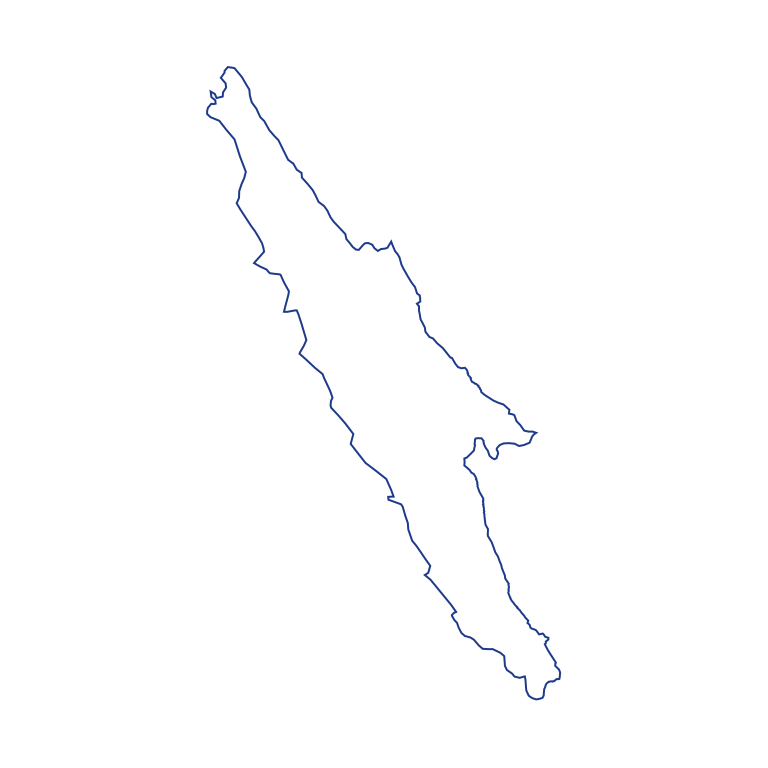 outline of Tamu, Sagaing, Myanmar, rotated 311°
{"feature_id": "60261553B38505178364809", "entity_name": "Tamu", "entity_type": "district", "adm_level": 2, "iso_a3": "MMR", "parent_name": "Myanmar", "parent_adm1": "Sagaing", "projection": "orthographic", "projection_center": [94.38, 24.188], "detail": "fine", "context": "isolated", "style": "outline", "palette": "blue", "viewbox_px": 768, "rotation_deg": 311, "n_neighbors": 0, "source": "geoboundaries", "source_scale": "gbopen_adm2", "svg_char_len": 4887}
<svg xmlns="http://www.w3.org/2000/svg" viewBox="0 0 768 768"><g transform="rotate(311 384 384)"><path d="M245.9,705.9L248.7,708.1L251.1,709.5L253.6,708.9L258.6,705.2L261.5,704.3L262.9,703.5L265.0,703.2L267.4,703.7L267.7,704.2L268.5,704.5L269.6,705.6L269.9,706.4L270.7,706.6L271.3,707.4L274.0,707.7L275.0,708.2L275.3,709.0L276.1,709.3L276.4,709.8L278.0,709.0L281.8,706.2L283.3,703.5L283.6,698.2L285.4,696.7L286.4,696.6L286.5,696.4L289.6,685.7L290.7,682.2L293.1,676.1L294.5,676.2L295.8,675.1L298.9,675.7L300.3,674.6L299.0,671.5L299.7,669.0L299.8,667.5L296.8,665.3L297.2,663.7L297.9,660.5L297.6,659.0L296.4,656.2L296.2,654.4L297.8,651.9L297.8,649.1L300.0,648.2L300.5,643.3L301.0,642.2L301.7,637.3L302.3,635.2L302.5,631.1L303.0,631.1L303.2,627.6L303.7,625.9L304.2,622.7L305.0,620.2L305.5,619.9L305.8,618.6L306.3,618.0L307.9,614.8L309.2,614.2L309.5,613.7L310.3,613.4L310.8,612.5L312.2,612.0L314.3,609.5L315.1,609.2L316.8,603.0L318.8,600.8L322.5,593.6L324.4,591.1L325.8,588.1L328.6,583.1L330.0,578.4L332.9,573.4L335.2,569.1L336.1,566.4L337.5,562.0L339.3,560.4L342.7,557.7L344.4,552.9L350.8,545.8L351.6,545.3L352.6,543.6L353.7,543.3L354.0,542.5L356.4,540.3L356.6,539.5L357.7,538.7L357.9,537.9L358.5,537.9L360.1,535.9L360.9,535.7L361.1,535.1L361.9,534.8L362.7,534.0L365.2,526.8L368.2,521.5L369.3,520.9L370.1,519.5L370.9,519.2L371.1,518.7L372.2,516.8L372.4,516.0L373.0,516.0L374.3,513.2L375.0,510.5L374.4,508.2L375.3,504.9L375.3,501.5L375.2,498.1L377.8,496.2L380.5,493.5L382.6,494.7L387.8,495.2L392.8,495.5L395.8,493.7L397.7,492.8L397.7,492.3L398.7,491.2L399.5,490.9L401.7,489.2L403.0,488.9L404.8,490.5L407.0,493.3L406.4,496.5L405.3,497.3L405.0,498.1L404.5,498.4L403.5,500.3L402.4,503.1L401.9,505.8L400.9,507.6L399.1,510.7L399.0,514.1L399.7,516.7L401.7,517.6L405.0,516.3L406.4,515.7L407.7,514.1L408.2,512.4L409.0,511.6L410.4,511.3L413.9,511.4L417.7,513.3L421.4,517.2L424.7,521.9L425.8,526.6L429.8,529.7L435.2,532.4L439.8,530.9L440.8,530.4L444.0,530.1L447.0,530.9L445.6,527.4L442.9,524.3L440.8,520.4L442.4,513.8L442.9,508.4L445.8,503.2L446.0,502.6L445.3,500.6L443.6,497.7L446.8,495.5L446.9,487.5L444.9,482.8L443.3,477.5L441.8,467.2L441.7,462.9L443.0,461.0L443.3,459.6L443.8,459.1L444.0,456.9L444.6,456.6L444.5,453.4L444.0,452.6L444.0,451.5L443.4,448.8L444.7,446.0L445.5,445.8L446.0,441.7L446.5,441.1L446.7,440.3L447.3,440.3L447.5,439.5L448.3,438.7L449.1,436.8L449.3,434.4L446.7,432.2L445.3,428.8L446.1,424.5L448.3,418.1L447.5,416.8L449.7,404.8L449.6,397.5L450.5,391.0L449.3,387.5L450.6,381.0L453.4,377.8L455.1,373.7L456.8,369.2L460.6,364.6L462.4,362.2L465.6,359.5L466.2,356.2L470.0,357.3L473.2,354.3L473.5,353.5L474.3,352.9L474.0,349.6L477.5,343.8L478.7,338.0L480.9,331.2L483.7,323.2L485.6,318.8L489.7,312.6L490.9,309.1L491.5,305.3L494.7,298.7L496.2,296.0L492.7,296.6L489.1,297.2L486.9,296.0L483.9,293.2L480.4,292.1L480.2,287.6L481.4,283.8L480.1,279.6L477.7,277.3L474.9,277.0L468.7,277.0L467.1,274.7L466.9,270.6L467.9,265.6L468.7,260.6L471.8,256.4L473.5,239.3L474.7,234.3L477.7,227.5L479.0,222.0L478.5,215.2L481.3,208.9L483.5,203.2L484.9,195.1L485.9,186.7L489.2,183.3L488.5,177.5L490.8,171.1L490.3,164.6L493.9,155.9L497.0,148.6L498.8,144.2L499.2,138.9L500.3,131.0L503.9,121.0L504.2,115.6L508.1,107.0L509.8,99.4L513.5,93.8L517.9,89.1L519.5,83.9L522.4,75.5L524.3,64.1L523.5,62.5L520.7,58.2L515.6,58.3L514.8,59.1L514.0,59.4L508.0,60.0L507.0,67.2L504.1,70.4L498.5,71.2L495.1,73.7L490.0,70.0L491.9,66.1L491.0,61.3L487.3,65.5L487.4,70.6L485.1,73.0L483.5,71.8L482.1,69.8L479.3,69.9L477.0,69.9L474.0,71.4L471.7,73.4L471.6,78.1L474.6,87.0L472.5,97.8L470.5,110.8L461.3,125.9L453.5,140.5L447.8,143.4L441.3,145.4L434.6,148.2L429.3,152.5L423.8,154.2L421.6,160.7L416.1,180.0L414.6,186.7L412.3,193.8L410.2,199.6L407.6,203.7L405.2,206.7L400.5,206.7L393.6,206.6L390.0,206.6L391.3,213.2L393.4,220.4L392.9,223.1L392.7,225.1L395.0,228.6L398.0,232.9L398.6,234.2L395.1,241.8L391.6,251.4L388.8,253.2L378.2,258.4L372.9,261.1L374.7,263.4L381.2,268.6L382.3,269.9L380.4,273.8L375.3,282.3L366.2,296.6L360.4,298.4L352.6,299.9L351.4,300.4L351.4,307.1L350.9,321.4L351.2,331.1L349.2,334.9L344.2,346.2L342.7,349.2L339.9,354.1L336.3,355.2L332.8,357.7L331.4,359.8L330.4,369.6L328.8,380.9L326.5,392.0L326.1,393.7L316.9,398.2L314.8,408.9L312.3,421.8L313.2,435.3L313.8,448.1L308.8,458.8L305.3,465.1L301.6,461.2L299.6,463.3L304.4,475.8L303.7,478.5L298.3,486.9L294.7,493.2L290.2,497.7L284.2,508.1L283.1,514.6L281.3,521.7L279.1,529.9L277.1,538.2L270.5,541.3L266.6,540.1L266.8,547.6L265.1,557.6L261.4,579.3L259.3,588.0L257.3,587.0L254.2,586.8L253.7,587.2L252.3,591.2L252.1,591.5L251.6,595.9L249.1,600.2L246.9,605.8L246.9,610.3L249.4,615.6L250.0,619.6L248.9,627.1L248.9,632.2L252.5,636.9L255.2,639.9L257.5,648.2L257.5,653.3L250.6,660.2L248.8,664.4L249.5,670.7L248.8,674.4L251.3,679.2L253.5,680.6L255.7,682.1L253.5,684.9L250.2,688.2L246.1,692.4L243.7,697.7L244.2,702.0L245.9,705.9Z" fill="none" stroke="#1e3a8a" stroke-width="2"/></g></svg>